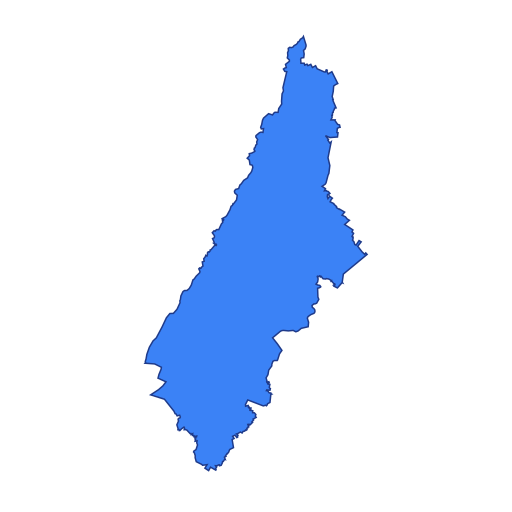 Atoyac, Veracruz, Mexico (Albers equal-area conic projection), rotated 233°
{"feature_id": "50627088B15987380837011", "entity_name": "Atoyac", "entity_type": "district", "adm_level": 2, "iso_a3": "MEX", "parent_name": "Mexico", "parent_adm1": "Veracruz", "projection": "albers", "projection_center": [-96.804, 18.924], "detail": "fine", "context": "isolated", "style": "filled", "palette": "blue", "viewbox_px": 512, "rotation_deg": 233, "n_neighbors": 0, "source": "geoboundaries", "source_scale": "gbopen_adm2", "svg_char_len": 6112}
<svg xmlns="http://www.w3.org/2000/svg" viewBox="0 0 512 512"><g transform="rotate(233 256 256)"><path d="M189.0,314.9L190.4,345.7L192.4,345.5L192.0,343.8L195.6,343.2L202.5,343.1L204.0,348.5L206.3,347.6L204.5,342.5L205.7,341.8L208.5,342.8L210.6,342.6L211.1,343.6L212.5,344.8L212.6,344.4L213.9,344.5L215.4,347.6L217.4,347.1L218.5,349.1L227.8,345.8L228.3,352.1L230.7,351.1L233.5,351.0L236.8,349.3L237.7,353.2L243.3,350.9L243.2,350.5L246.2,349.4L247.0,350.1L250.4,349.4L251.0,349.7L254.7,347.8L255.8,350.0L256.2,351.8L259.4,350.8L258.5,348.0L260.4,348.6L262.0,350.1L260.8,350.9L261.6,351.3L261.5,352.7L264.0,352.5L265.5,351.4L266.0,351.5L266.9,349.9L268.0,352.0L271.9,350.7L271.7,354.5L272.3,356.0L277.0,361.9L278.2,364.0L283.8,369.4L291.1,372.6L301.9,384.7L301.8,382.9L305.3,383.1L305.4,384.0L310.3,383.9L306.1,386.3L302.0,392.7L305.1,395.7L305.9,394.9L309.0,397.8L308.6,400.0L308.2,400.6L310.4,401.6L312.0,400.4L316.8,400.6L317.1,401.1L319.6,397.7L320.9,400.2L322.7,401.1L322.3,401.6L324.4,403.4L324.3,404.2L325.1,404.8L326.1,407.0L326.8,407.7L326.1,409.1L333.0,410.8L334.7,411.4L334.5,411.8L337.5,412.8L341.0,416.8L345.0,420.3L345.0,422.8L344.5,425.1L357.5,427.5L358.0,423.2L360.6,423.7L361.5,424.7L362.0,424.5L362.4,424.1L361.2,422.3L361.9,421.3L368.7,417.5L372.1,418.1L372.6,414.5L376.1,415.1L376.8,412.0L378.5,412.2L379.2,409.8L381.0,410.5L382.9,407.9L386.3,410.1L386.9,411.4L385.7,413.5L388.3,416.0L391.6,417.7L391.8,419.9L393.5,422.3L394.5,423.0L402.8,426.0L402.2,424.7L402.4,421.9L401.4,419.4L401.7,418.2L401.1,417.5L400.7,415.7L401.1,413.0L400.6,411.2L401.1,409.7L402.4,408.5L402.4,406.7L400.4,405.4L399.4,403.6L396.9,402.0L395.4,400.2L392.4,400.6L391.4,399.8L391.3,394.9L388.2,393.6L388.8,392.0L388.8,390.4L386.1,390.1L384.7,391.5L374.2,378.8L371.3,377.3L369.8,374.4L364.3,369.6L361.9,368.0L360.1,362.9L357.4,360.1L359.4,357.6L359.4,356.2L358.7,354.1L362.1,351.7L361.6,345.0L360.5,342.9L357.6,339.7L356.0,337.2L354.3,336.7L353.2,338.7L350.5,335.9L351.9,334.6L352.4,333.0L352.2,328.5L351.2,327.5L348.0,327.4L346.7,325.2L344.8,324.1L344.7,322.6L343.1,320.5L343.2,319.6L342.1,318.4L340.4,318.3L340.3,317.1L340.8,314.4L341.8,312.2L340.0,311.2L339.4,307.8L336.7,308.4L332.6,306.2L331.1,307.5L330.2,307.5L328.6,306.7L326.3,303.6L325.6,301.9L324.9,298.7L323.5,296.3L323.8,291.7L322.5,287.7L322.4,285.9L320.3,282.7L321.5,279.7L320.8,277.8L319.2,277.0L315.8,277.6L312.5,274.2L311.1,269.0L311.5,268.9L310.6,267.6L310.7,266.0L308.6,263.1L306.0,257.4L305.6,255.6L306.2,251.6L304.5,252.1L304.2,251.8L304.0,251.0L304.8,250.7L302.8,249.6L302.5,247.8L299.5,242.2L300.9,240.3L300.4,238.3L301.4,237.7L300.9,235.1L297.3,235.0L296.2,234.3L295.7,233.5L296.1,231.8L292.0,230.8L291.4,230.3L291.6,229.9L290.2,230.2L289.7,231.2L288.6,231.1L288.4,230.4L289.2,230.1L289.3,229.3L288.1,223.9L288.4,223.0L287.7,222.4L287.3,221.1L288.1,220.4L287.7,219.1L286.3,218.1L285.5,216.8L286.8,216.4L285.8,214.7L285.3,212.6L283.0,211.4L283.6,209.5L279.9,207.6L279.8,205.3L279.3,204.7L279.4,204.2L280.4,203.8L280.2,202.6L277.3,201.9L276.5,200.9L275.9,196.1L274.8,192.7L274.9,191.3L271.7,186.8L270.2,183.1L270.0,180.2L271.5,178.0L271.5,176.2L269.3,172.0L266.6,169.3L266.1,168.3L264.4,167.2L261.0,160.9L259.9,155.5L261.9,152.6L260.6,147.3L255.8,138.2L250.6,127.1L250.2,122.8L247.3,115.9L243.1,109.6L239.9,106.2L238.4,104.1L237.5,103.8L237.2,102.8L230.8,110.1L224.1,113.5L222.7,112.1L219.8,107.2L217.4,104.2L209.7,108.4L208.3,103.5L207.9,97.8L208.5,88.3L196.7,96.7L181.4,97.1L178.8,96.5L177.9,97.1L175.8,96.8L174.8,99.2L173.0,98.7L172.5,98.1L172.9,96.2L172.1,95.2L170.9,94.9L168.8,91.2L165.1,89.9L164.3,89.1L163.7,90.0L162.8,89.6L162.4,90.1L162.8,92.6L162.7,95.5L161.4,95.3L160.5,94.1L159.8,95.2L158.6,96.0L153.8,96.5L153.4,97.2L152.4,96.7L152.2,98.5L150.8,97.3L149.9,98.3L149.1,97.7L147.9,100.3L147.3,99.6L147.9,98.0L146.2,97.1L146.0,97.5L144.7,95.9L143.9,97.7L142.4,96.2L140.3,95.6L137.5,91.6L137.6,89.0L137.1,88.2L135.9,88.3L133.1,87.3L131.5,86.0L127.7,84.5L122.3,87.2L121.0,87.4L118.8,91.4L117.3,87.5L113.1,89.0L114.7,92.6L109.2,95.0L109.4,95.5L110.3,95.3L111.0,97.3L112.9,97.5L111.6,99.1L111.9,100.1L111.4,101.0L110.4,100.7L109.8,102.2L110.9,104.4L112.0,105.6L111.6,106.2L112.5,108.7L112.0,109.0L114.3,109.7L114.1,111.4L114.7,111.3L115.6,114.0L115.3,114.1L115.8,116.1L117.3,118.5L116.5,122.7L123.8,126.5L123.4,128.7L126.1,128.8L125.6,131.4L122.5,131.4L122.4,132.4L123.7,133.1L123.7,133.7L125.6,133.5L125.2,134.3L124.8,137.6L123.0,138.4L123.7,140.1L123.1,141.2L123.3,142.9L122.8,142.9L122.7,144.3L123.9,145.0L123.7,146.1L124.2,146.4L123.9,147.4L126.4,148.1L125.8,149.2L125.0,148.9L124.7,149.8L125.2,153.1L126.0,152.9L126.5,155.4L127.5,155.5L127.0,159.0L128.5,159.1L129.5,160.5L131.8,160.3L132.9,159.0L134.4,160.3L136.4,158.3L137.1,158.9L136.6,159.6L137.7,160.5L138.4,159.2L139.1,159.6L139.5,158.8L139.8,158.9L139.7,159.4L141.4,159.8L142.3,157.3L143.7,158.2L146.0,162.8L131.9,171.6L131.0,173.9L130.1,174.2L130.4,175.5L131.1,176.3L130.6,179.0L136.6,184.6L136.3,185.4L137.1,185.1L137.7,185.4L138.7,184.2L141.4,184.2L142.2,183.3L142.6,184.0L140.4,186.4L141.5,187.7L141.9,187.4L143.1,187.5L145.1,189.8L146.6,188.4L147.3,188.7L146.9,190.3L147.9,190.6L148.6,188.7L149.5,189.1L149.5,189.5L152.6,190.7L154.0,194.1L157.2,197.5L158.7,202.4L160.1,203.6L161.7,206.1L161.5,207.7L159.8,210.0L160.0,210.7L163.7,215.9L165.0,219.9L172.8,220.2L180.7,220.0L181.2,230.1L180.9,231.7L180.1,233.1L176.7,236.8L174.2,240.9L171.5,242.2L170.8,244.5L171.0,248.6L168.1,255.1L171.4,258.1L175.5,259.6L176.3,261.1L176.2,264.5L175.4,267.5L175.4,268.4L176.0,269.5L177.5,270.5L179.2,270.6L181.2,270.1L182.8,271.0L182.9,273.6L182.3,274.1L181.8,276.0L183.6,280.1L185.9,280.7L193.2,285.8L192.6,287.1L192.3,288.9L192.6,289.3L194.2,289.2L195.7,287.8L197.4,287.0L198.2,289.6L200.3,291.8L203.4,292.9L202.6,293.0L202.4,292.7L201.9,293.3L202.0,294.8L201.4,295.1L200.6,294.8L200.7,295.7L197.4,295.9L195.6,297.9L195.7,298.5L193.9,300.2L191.6,301.2L191.1,300.9L190.9,301.4L190.4,300.8L190.0,301.4L186.9,301.5L186.5,302.1L185.8,301.9L186.0,300.5L185.2,301.0L184.9,300.1L181.5,301.8L182.9,308.7L182.4,309.0L183.2,309.1L189.0,314.9Z" fill="#3b82f6" stroke="#1e3a8a" stroke-width="1.5"/></g></svg>